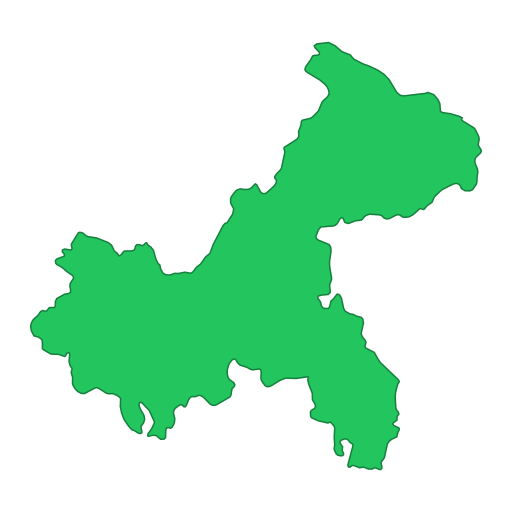 map outline of Chongqing (Mercator projection)
{"feature_id": "CHN-1154", "entity_name": "Chongqing", "entity_type": "Municipality", "adm_level": 1, "iso_a3": "CHN", "parent_name": "China", "parent_adm1": "", "projection": "mercator", "projection_center": [107.845, 30.195], "detail": "fine", "context": "isolated", "style": "filled", "palette": "green", "viewbox_px": 512, "rotation_deg": 0, "n_neighbors": 0, "source": "natural_earth", "source_scale": "10m", "svg_char_len": 6015}
<svg xmlns="http://www.w3.org/2000/svg" viewBox="0 0 512 512"><path d="M263.5,193.7L265.9,193.3L267.0,192.5L274.4,185.7L276.2,182.8L276.4,180.0L274.8,178.1L274.7,176.7L276.6,173.8L280.6,169.7L281.5,167.9L284.9,152.1L283.9,148.1L284.3,147.3L297.1,139.1L298.8,136.4L298.6,131.3L300.8,125.7L301.4,121.6L302.3,120.2L310.7,118.2L313.3,116.3L318.4,111.0L322.3,101.6L327.4,96.9L328.9,94.4L329.1,92.4L328.3,89.3L327.0,86.7L325.2,84.5L319.8,80.0L307.3,72.4L305.9,71.3L304.9,69.6L305.6,66.9L310.4,60.2L312.6,56.0L314.6,55.3L317.9,55.2L319.3,54.3L319.5,53.1L319.1,52.0L315.1,47.8L314.2,45.8L316.7,43.9L328.6,42.5L334.9,45.6L342.0,51.7L350.3,54.9L353.6,59.0L362.8,63.8L368.7,65.9L378.2,70.4L383.9,74.2L389.1,79.6L396.3,91.7L398.9,94.4L401.0,95.5L404.0,95.9L425.8,93.3L427.8,92.4L433.7,94.6L437.8,99.4L439.8,103.4L440.5,111.5L442.7,112.6L450.3,113.7L458.7,116.1L462.2,117.8L461.6,119.1L462.0,120.5L473.5,127.6L475.1,129.2L478.7,136.4L479.2,139.1L478.1,145.1L481.0,149.7L481.3,151.7L480.1,153.4L476.2,157.0L475.1,158.9L474.8,161.4L475.3,163.8L477.5,169.2L477.8,172.0L477.1,176.7L476.9,182.1L476.2,184.5L472.4,189.8L469.8,190.9L464.9,190.7L461.4,188.5L460.1,185.4L458.5,184.0L456.2,183.4L453.3,184.0L442.0,189.7L440.3,191.1L434.3,197.0L432.0,202.3L426.9,205.9L424.1,209.3L423.3,209.5L420.3,208.5L419.4,209.0L413.2,214.6L409.3,216.7L406.0,217.3L402.8,217.1L399.4,214.8L398.0,214.7L395.9,215.2L389.5,218.5L387.1,219.0L384.2,218.2L381.9,215.8L379.8,214.9L369.8,214.2L366.2,215.3L364.1,217.0L362.1,219.6L360.9,220.2L355.5,220.8L348.4,223.5L345.1,222.6L344.4,221.6L343.3,218.4L341.8,217.6L340.1,218.7L337.1,223.8L335.2,225.3L333.7,225.9L320.8,227.0L318.4,229.9L315.9,236.4L316.4,238.6L318.7,240.3L329.1,244.5L330.5,246.7L331.0,249.0L330.9,252.3L329.5,261.7L329.7,267.0L331.6,278.0L331.4,279.9L329.6,285.1L330.3,292.4L328.2,294.5L321.5,295.1L318.2,296.1L317.8,296.9L317.9,298.2L320.5,301.9L321.5,306.2L323.0,307.8L324.5,308.4L328.1,308.5L329.5,307.1L331.0,301.1L334.0,298.2L336.6,294.7L337.4,294.1L338.6,294.3L339.9,295.3L341.5,298.4L343.6,308.2L345.0,311.1L349.8,313.8L353.6,314.5L356.4,316.1L361.2,317.3L362.8,319.1L363.5,323.0L361.1,333.5L362.2,336.6L365.3,340.5L366.0,342.4L365.1,345.8L365.1,346.9L365.7,348.0L374.3,352.4L377.8,358.8L380.1,362.3L398.3,379.7L399.3,381.7L397.7,384.2L395.6,392.1L395.2,397.2L395.8,407.4L396.4,409.7L398.3,412.1L398.9,414.2L397.0,416.5L397.0,420.2L393.5,422.6L392.7,423.9L393.9,425.5L398.7,427.8L399.3,428.5L399.2,429.7L397.6,433.3L396.8,436.8L391.8,439.2L389.0,441.4L387.3,444.2L384.4,457.7L381.0,462.4L381.9,467.0L381.8,468.3L380.8,469.5L379.3,469.5L375.0,467.6L372.1,469.1L368.3,469.0L363.6,467.1L359.6,467.8L353.8,465.5L351.9,465.6L349.8,467.2L348.7,467.2L347.9,465.8L348.0,464.4L353.1,445.2L352.4,443.9L349.9,442.3L348.1,440.0L346.5,439.0L344.4,439.0L341.2,440.2L339.9,441.8L340.3,443.4L342.6,446.8L342.2,450.4L343.5,453.3L343.5,454.9L342.2,455.8L340.2,455.8L337.8,455.2L336.3,454.0L334.6,450.6L334.1,448.3L334.7,445.1L334.2,437.4L334.7,428.0L334.2,426.2L330.5,422.1L327.8,423.0L318.3,420.8L311.3,417.6L310.6,415.8L310.4,412.2L311.2,410.5L314.7,408.3L315.5,406.5L315.1,404.2L312.4,399.7L312.3,393.3L308.7,384.2L307.8,380.1L308.3,377.3L307.9,376.7L296.2,378.5L285.9,378.1L280.1,380.3L271.3,385.7L269.4,386.5L267.1,386.7L265.1,385.7L261.5,380.6L260.9,378.4L261.2,371.5L260.4,369.5L259.3,369.0L252.6,369.8L250.6,369.4L246.9,367.3L240.1,365.2L237.8,363.1L235.6,359.5L234.4,358.9L233.6,359.1L231.7,360.3L229.6,363.1L228.4,365.6L227.2,370.3L227.3,374.3L228.2,377.8L229.5,379.5L233.7,382.6L234.8,384.5L234.5,386.1L231.9,389.1L231.0,395.0L229.9,397.0L216.1,405.0L213.6,405.4L211.7,405.0L209.8,403.8L203.6,397.4L200.8,395.6L198.6,395.3L195.8,396.6L191.6,396.7L190.2,397.5L188.7,399.6L186.3,405.4L185.0,406.9L183.8,406.7L182.0,404.8L180.6,404.8L178.5,405.8L174.8,408.7L173.7,411.0L173.5,413.2L174.8,418.7L174.5,422.0L173.7,424.5L171.9,427.4L170.6,428.2L167.9,427.6L166.8,427.9L166.0,429.2L165.8,430.9L165.5,437.7L163.9,439.2L160.5,439.2L156.0,435.4L152.6,435.3L148.4,436.3L147.7,435.8L148.0,433.8L151.4,429.2L154.3,423.0L154.4,421.8L149.2,410.4L141.7,402.6L140.5,402.3L139.5,402.8L139.1,403.9L139.2,405.9L140.5,409.3L144.0,415.4L144.7,419.3L143.6,422.8L141.1,426.3L141.1,428.1L141.9,431.6L141.6,433.1L140.3,433.6L138.3,433.1L134.1,430.5L131.8,429.8L127.9,425.2L124.0,419.3L121.6,412.9L120.3,406.6L120.6,398.6L119.4,397.0L117.5,395.7L113.1,393.7L108.1,393.7L106.3,393.2L99.0,388.5L96.6,387.6L95.2,387.9L84.6,393.5L81.6,393.5L77.7,391.5L75.3,389.0L73.1,385.4L72.5,383.6L72.6,377.4L71.2,372.5L72.1,368.6L69.9,365.1L69.0,361.3L69.7,354.2L69.3,353.2L68.5,352.7L67.0,353.2L65.4,356.1L64.7,356.5L58.7,354.4L51.1,354.1L46.6,351.6L43.4,349.7L42.4,348.6L42.4,342.3L41.8,339.5L38.1,336.9L34.0,335.9L31.4,330.9L30.7,326.5L31.3,323.1L33.3,319.5L37.9,315.4L40.5,311.7L42.4,310.5L45.5,311.3L46.5,311.0L49.1,307.9L50.0,307.5L54.5,307.6L55.3,305.8L55.4,301.4L56.8,298.5L64.6,294.2L68.6,293.5L70.5,292.5L70.5,289.4L69.9,286.5L70.1,283.6L73.1,278.9L73.5,277.8L73.4,276.8L72.5,275.5L67.0,271.7L61.9,267.3L56.8,264.5L55.8,263.3L55.4,261.2L55.6,260.3L57.0,258.9L64.2,256.2L64.5,254.6L62.3,251.7L62.5,249.9L64.7,249.0L70.5,250.0L71.5,249.5L72.1,248.4L71.3,245.2L71.5,243.9L78.3,232.8L79.6,232.3L81.2,232.5L83.1,233.2L85.5,235.3L87.8,236.6L96.5,237.9L108.1,242.5L111.7,245.3L114.2,250.9L117.0,253.0L118.6,255.5L119.7,255.7L121.2,254.7L123.5,251.6L124.7,251.0L132.1,250.9L134.2,250.0L135.0,248.5L135.4,246.3L136.8,244.7L139.2,244.7L142.8,245.7L145.6,243.0L146.7,242.8L148.1,245.2L151.0,247.2L153.5,250.4L155.5,258.0L156.8,261.1L158.3,263.8L159.8,264.8L160.7,269.1L162.7,272.7L163.8,273.7L166.1,274.8L169.6,275.1L174.9,273.3L178.2,273.5L185.0,272.2L190.4,273.2L191.8,272.8L193.1,271.7L196.5,267.2L200.6,264.0L205.8,256.7L209.8,253.6L213.3,244.3L223.0,225.7L225.1,223.3L227.1,222.8L232.7,213.9L233.7,208.8L230.7,203.2L230.5,199.1L231.5,196.4L235.5,191.2L237.6,189.7L240.2,188.9L245.9,189.5L248.8,189.2L251.4,187.8L255.2,183.9L256.6,184.6L260.6,192.0L261.6,193.0L263.5,193.7Z" fill="#22c55e" stroke="#15803d" stroke-width="1.5"/></svg>